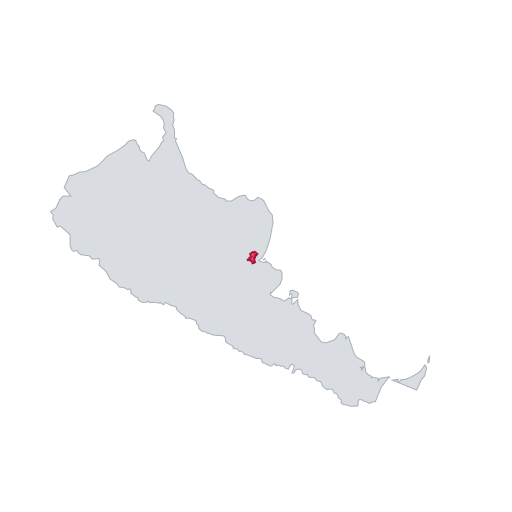 Tornquist, Buenos Aires, Argentina (highlighted), rotated 296°
{"feature_id": "61730980B13616489731470", "entity_name": "Tornquist", "entity_type": "district", "adm_level": 2, "iso_a3": "ARG", "parent_name": "Argentina", "parent_adm1": "Buenos Aires", "projection": "albers", "projection_center": [-61.986, -38.263], "detail": "fine", "context": "in_parent", "style": "filled", "palette": "rose", "viewbox_px": 512, "rotation_deg": 296, "n_neighbors": 0, "source": "geoboundaries", "source_scale": "gbopen_adm2", "svg_char_len": 4993}
<svg xmlns="http://www.w3.org/2000/svg" viewBox="0 0 512 512"><g transform="rotate(296 256 256)"><path d="M304.1,154.3L301.1,159.2L301.6,162.5L298.6,170.3L299.3,171.9L297.0,175.5L297.5,179.6L296.3,183.5L296.6,188.4L295.7,189.8L293.9,190.2L292.3,197.0L293.7,203.6L292.3,204.9L294.6,209.8L301.9,214.3L305.6,218.8L305.6,220.6L303.5,223.1L303.2,225.4L304.1,228.5L305.9,230.5L309.5,231.8L309.7,236.1L309.0,238.9L301.8,248.3L300.1,252.5L293.7,256.6L277.5,261.1L265.0,262.8L257.9,262.4L253.1,260.4L253.5,265.9L255.9,267.5L254.7,267.6L255.6,268.6L255.1,273.2L253.6,274.1L252.5,277.8L252.6,281.1L254.0,283.8L252.7,286.5L247.4,289.2L241.1,290.0L229.4,285.9L229.8,285.2L229.2,285.0L227.4,285.9L226.7,289.7L228.2,295.4L227.9,300.4L228.7,302.0L232.9,303.8L232.6,305.8L234.0,306.0L237.0,305.4L237.3,303.8L235.7,303.3L239.7,301.9L241.3,303.9L241.5,309.1L240.8,310.5L237.7,311.5L236.8,311.2L235.0,307.7L233.4,307.0L229.0,309.0L228.6,310.2L235.1,312.6L230.4,315.5L226.8,320.4L227.0,329.2L226.3,331.6L223.8,334.0L223.4,335.7L224.3,336.6L224.0,338.3L219.1,338.0L215.7,340.8L212.6,341.9L207.4,352.1L208.5,356.8L215.2,363.4L223.2,364.9L224.3,367.2L224.1,369.9L223.2,371.6L220.4,373.3L222.9,373.2L224.0,374.5L210.7,387.6L209.1,391.3L208.7,398.8L207.8,400.4L205.0,402.0L203.0,400.6L201.4,398.0L201.6,400.2L199.0,401.2L202.2,401.1L203.7,402.8L199.7,405.8L198.7,408.3L198.4,411.8L196.9,413.9L198.1,413.3L199.8,419.9L196.6,420.6L200.7,421.4L205.8,428.7L205.4,429.3L205.2,428.5L193.1,426.1L177.1,427.1L177.1,426.1L173.0,422.4L173.5,419.4L172.7,417.0L173.2,414.7L172.4,412.0L170.9,411.3L165.9,413.4L162.2,406.4L161.9,402.4L160.7,399.9L161.3,396.6L164.0,396.1L164.4,392.5L167.6,389.4L167.2,386.1L169.1,383.9L169.5,382.2L167.1,378.1L168.0,373.3L171.4,369.3L170.6,364.8L172.4,362.4L170.3,356.5L172.1,353.8L170.9,352.5L170.6,349.3L172.6,348.2L173.6,344.6L171.2,341.7L167.1,341.2L166.8,339.6L173.9,338.8L174.5,336.2L173.9,334.8L168.4,334.6L168.1,331.2L169.1,328.9L167.8,326.8L168.0,324.7L166.3,321.9L167.5,320.4L163.6,317.7L163.1,312.6L163.7,311.2L162.9,308.5L166.0,305.7L164.0,300.9L163.3,291.5L162.5,289.0L164.2,285.0L162.9,282.5L164.2,280.4L163.1,275.7L164.8,275.1L165.3,266.7L169.4,263.8L170.1,262.1L166.1,251.9L166.0,247.9L165.2,246.2L165.7,243.8L164.7,240.5L165.7,236.4L168.6,234.5L168.7,233.1L171.6,230.1L170.9,223.4L169.2,220.1L170.7,218.7L171.3,213.5L173.3,207.9L175.2,206.8L174.3,200.7L174.6,195.1L171.7,194.3L172.0,190.3L171.0,189.4L170.0,185.3L167.9,181.8L167.6,180.2L168.6,179.1L166.4,177.8L164.6,174.6L164.7,171.4L164.8,169.3L167.0,167.6L166.4,166.1L167.8,159.6L170.0,159.0L171.1,156.7L169.7,155.6L169.7,151.7L168.2,146.4L170.1,143.5L171.3,134.8L176.2,128.4L179.1,118.7L182.0,118.3L184.9,116.0L181.4,110.1L183.1,106.1L180.4,98.1L180.9,95.0L182.6,93.1L180.3,90.2L180.8,87.6L183.6,84.5L193.7,79.5L197.1,66.8L194.8,64.7L200.1,57.1L204.2,55.6L205.7,51.8L211.3,55.2L220.6,54.9L225.2,56.2L228.8,63.4L233.4,53.6L246.3,53.0L248.9,56.6L253.8,60.4L257.2,65.8L267.7,74.3L281.0,78.7L289.1,84.6L298.4,89.8L303.1,91.0L306.6,94.6L307.3,97.2L305.1,99.1L303.4,102.8L300.8,104.8L299.6,107.2L299.6,110.3L294.5,116.2L294.6,118.5L299.5,118.2L311.3,121.1L317.0,121.4L318.8,122.6L322.1,119.9L327.1,121.4L330.6,116.6L334.0,115.9L337.8,112.8L339.8,108.7L341.2,99.8L343.1,100.6L346.5,99.6L349.4,101.7L351.3,109.4L350.0,116.7L348.4,119.4L344.7,120.8L342.6,122.7L336.9,123.8L333.5,127.4L326.3,131.1L326.6,133.3L324.3,133.0L311.8,147.4L304.1,154.3ZM205.9,459.1L204.2,432.9L207.6,437.9L206.1,437.6L205.8,440.1L208.4,440.5L209.8,443.5L215.7,448.9L224.1,454.2L232.2,455.6L230.1,458.5L222.2,460.2L217.5,458.9L205.9,459.1ZM235.4,457.2L237.8,456.1L242.6,455.9L236.4,458.1L235.4,457.2ZM257.3,264.6L257.2,265.7L255.5,264.0L257.3,264.6Z" fill="#d9dde1" stroke="#a8b0b8" stroke-width="1"/><path d="M255.4,249.6L255.2,249.7L255.2,249.8L254.9,249.9L254.9,250.0L254.7,250.2L254.7,250.3L254.5,250.5L254.4,250.5L254.2,250.7L254.1,250.8L253.9,251.0L253.7,251.3L253.7,251.5L253.4,251.5L253.2,251.6L253.1,251.8L253.1,252.0L252.1,251.1L251.8,251.3L251.7,251.3L251.8,251.0L251.6,250.6L250.7,251.4L249.1,249.8L248.4,250.5L249.9,252.2L249.1,253.0L250.0,253.7L247.6,256.1L249.2,257.7L250.0,256.8L250.1,257.0L250.2,257.3L250.3,257.5L250.4,257.8L252.6,255.5L253.0,255.9L254.0,254.9L254.2,255.1L254.3,255.3L254.1,255.5L254.3,255.7L254.2,255.8L254.4,256.0L255.6,254.9L256.0,255.3L256.2,255.5L256.4,255.7L256.3,255.8L256.5,256.0L257.0,255.5L257.1,255.9L257.1,256.0L257.4,255.7L258.1,256.3L258.4,256.0L258.5,256.1L258.5,255.9L258.7,255.7L258.8,255.6L258.9,255.4L258.8,255.2L258.8,254.9L258.9,254.7L259.0,254.6L259.1,254.4L259.1,254.2L259.3,254.0L259.3,253.9L259.2,253.8L259.2,253.7L259.0,253.4L259.0,253.2L258.9,253.2L259.0,253.1L258.9,253.1L258.8,252.9L258.7,252.9L258.7,252.7L258.6,252.4L258.5,252.2L258.4,252.1L258.4,251.9L258.3,251.7L258.2,251.7L258.2,251.4L258.1,251.2L258.0,251.3L258.0,251.2L257.9,251.2L257.7,251.0L257.7,250.9L257.4,250.8L257.4,250.7L257.2,250.5L256.9,250.6L256.7,250.6L255.4,249.6Z" fill="#f43f5e" stroke="#9f1239" stroke-width="1.5"/></g></svg>